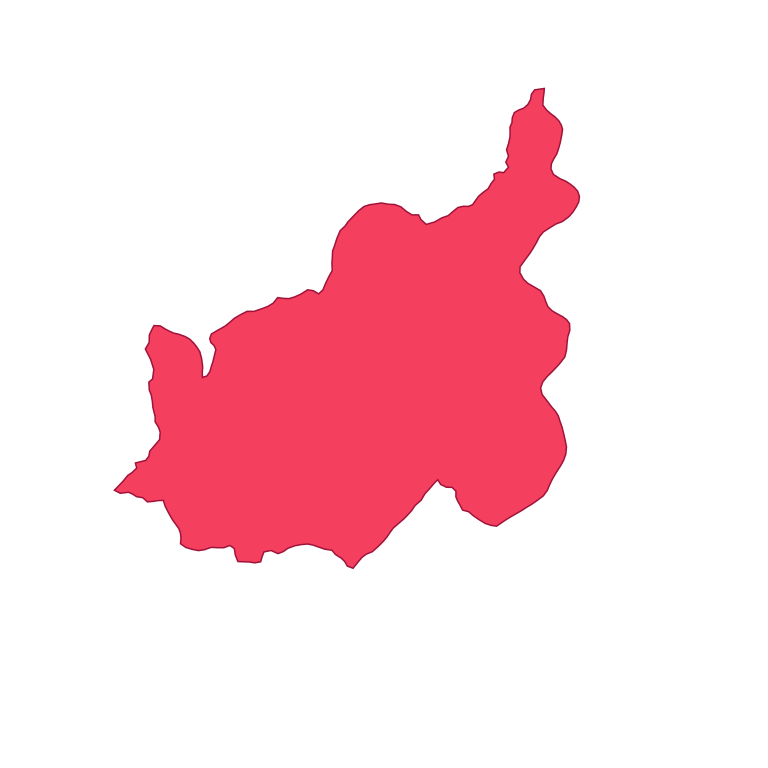 the district of Ibiraci, Minas Gerais, Brazil, rotated 60°
{"feature_id": "56859067B62702129343904", "entity_name": "Ibiraci", "entity_type": "district", "adm_level": 2, "iso_a3": "BRA", "parent_name": "Brazil", "parent_adm1": "Minas Gerais", "projection": "natural_earth1", "projection_center": [-47.123, -20.39], "detail": "fine", "context": "isolated", "style": "filled", "palette": "rose", "viewbox_px": 768, "rotation_deg": 60, "n_neighbors": 0, "source": "geoboundaries", "source_scale": "gbopen_adm2", "svg_char_len": 3792}
<svg xmlns="http://www.w3.org/2000/svg" viewBox="0 0 768 768"><g transform="rotate(60 384 384)"><path d="M439.1,615.3L442.8,609.6L445.7,604.6L446.8,598.2L451.7,595.9L457.5,598.2L464.7,599.3L468.1,594.0L470.8,589.6L474.3,585.3L476.3,579.7L472.8,576.1L469.4,571.9L471.7,565.1L477.9,560.6L478.8,554.8L478.2,549.6L479.5,542.1L481.6,536.2L484.3,530.3L487.7,526.3L491.9,522.7L497.4,517.9L502.0,512.2L507.4,511.3L513.2,508.2L517.9,506.8L523.4,506.8L528.1,502.9L525.2,495.5L523.1,489.5L522.5,484.6L523.4,477.9L521.7,469.8L519.9,463.2L518.0,458.0L515.8,453.5L513.4,448.1L511.9,440.4L510.7,434.0L509.2,428.8L507.6,423.7L504.8,417.9L503.2,410.0L499.5,403.4L497.4,396.7L495.0,390.0L493.8,385.3L499.4,385.1L504.6,381.6L507.6,376.7L512.8,375.3L517.8,378.2L521.9,378.7L526.0,378.7L532.5,379.0L537.0,374.5L542.3,372.7L548.1,370.0L555.3,366.1L560.0,361.9L563.4,357.6L562.7,348.7L562.4,342.1L562.4,335.7L562.4,327.9L562.1,322.6L562.0,316.3L561.4,309.2L560.5,301.9L557.8,295.8L553.9,290.7L550.7,286.0L547.7,280.8L545.1,275.8L542.6,271.0L539.9,266.6L535.6,261.6L529.7,257.4L523.2,255.2L516.8,253.2L510.1,251.3L504.1,250.2L498.8,249.0L493.2,249.2L487.6,250.3L479.7,251.3L472.0,252.3L465.7,250.3L461.5,245.3L459.1,238.9L457.1,231.0L455.1,224.4L453.5,219.9L451.0,213.9L445.9,209.0L439.8,204.8L435.1,201.3L430.4,196.2L424.4,193.1L419.5,193.7L414.9,195.7L409.3,199.2L404.7,201.8L399.0,203.4L392.9,202.6L387.8,201.6L381.4,201.8L376.9,204.4L373.1,206.6L368.5,209.2L362.9,210.8L355.5,210.7L350.5,207.5L347.0,199.7L343.8,192.3L341.2,187.3L337.6,181.0L334.1,175.7L332.0,170.0L331.6,162.0L331.4,155.2L332.5,148.3L331.6,140.4L329.6,134.4L326.7,128.9L323.8,124.4L319.4,121.0L313.8,119.9L308.5,121.0L303.8,122.9L299.5,125.0L294.1,129.0L287.2,132.5L281.0,131.8L276.8,128.7L274.1,124.7L271.2,119.4L267.7,115.4L263.4,111.0L257.4,105.7L252.7,102.0L248.5,101.0L243.5,101.0L238.4,102.3L233.4,104.4L228.2,106.2L221.9,107.0L216.4,103.4L211.9,99.9L208.2,97.4L204.6,106.5L206.8,111.5L210.8,114.7L213.9,119.7L215.0,125.3L214.1,130.0L214.1,135.4L217.5,139.7L221.7,142.6L224.6,146.5L229.0,148.9L233.2,151.5L238.1,156.0L242.5,160.8L249.0,162.3L252.8,167.6L258.5,167.8L260.8,174.7L257.9,178.4L257.2,183.9L261.9,186.0L264.1,191.3L267.0,196.3L267.7,202.9L268.6,207.8L270.7,212.7L273.0,217.6L272.3,222.3L269.7,226.5L268.1,231.8L269.0,237.6L270.3,244.2L269.0,251.0L269.0,259.1L266.9,267.6L260.1,269.8L254.8,269.5L251.6,275.2L245.5,278.4L239.0,280.8L233.9,285.0L230.6,290.2L225.9,295.8L223.4,302.3L221.5,306.8L220.3,312.6L221.3,319.4L223.4,326.8L225.5,334.0L227.8,338.9L229.3,345.3L234.6,352.3L239.3,357.4L243.2,362.1L248.3,365.3L253.5,368.8L259.9,372.1L263.2,377.7L267.6,384.2L271.9,389.8L273.3,395.5L267.9,398.5L264.2,403.1L264.6,410.6L263.9,417.9L262.5,423.7L259.4,428.5L256.0,432.9L258.6,439.5L258.7,445.9L257.9,451.1L256.1,460.3L252.6,466.3L252.2,474.0L252.3,480.9L253.5,486.9L254.4,492.7L254.3,500.9L254.4,508.5L257.5,512.2L261.5,513.2L265.9,511.9L270.1,512.4L274.8,516.9L279.2,521.1L282.5,524.8L286.1,528.5L288.5,533.2L287.5,537.9L283.5,535.8L278.4,532.4L270.9,529.3L264.1,527.4L258.8,527.6L253.6,528.3L248.1,529.8L243.4,532.5L237.9,537.2L234.4,541.1L228.0,545.4L221.7,548.8L218.4,554.0L220.9,558.0L224.2,562.7L230.6,566.6L234.4,573.2L246.0,573.8L256.3,576.1L263.9,581.9L264.8,586.7L271.9,590.3L277.3,591.1L283.2,593.3L288.8,595.9L297.8,598.5L302.3,601.1L308.9,600.9L313.8,601.9L319.9,606.1L322.7,613.8L325.0,620.4L329.0,623.8L331.0,628.6L328.1,638.8L333.2,640.2L334.7,646.7L335.1,651.7L337.8,658.8L341.2,670.6L346.7,667.1L350.1,659.3L353.8,656.7L357.9,654.6L361.8,649.8L367.8,647.8L370.2,642.7L372.0,638.0L374.5,633.3L380.2,634.6L387.3,635.0L395.5,635.1L401.4,634.5L406.6,634.0L411.3,634.8L416.0,636.9L420.6,640.1L426.4,637.4L431.3,632.8L435.5,628.0L437.7,622.5L439.1,615.3Z" fill="#f43f5e" stroke="#9f1239" stroke-width="1.5"/></g></svg>